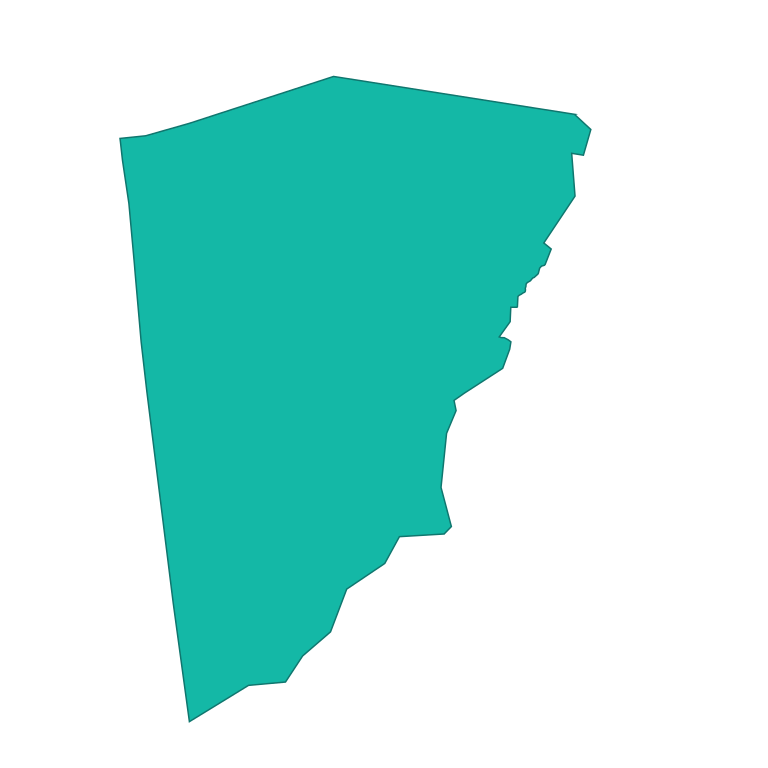 Rowan, North Carolina, United States of America, rotated 83°
{"feature_id": "52423323B48930759923162", "entity_name": "Rowan", "entity_type": "district", "adm_level": 2, "iso_a3": "USA", "parent_name": "United States of America", "parent_adm1": "North Carolina", "projection": "natural_earth1", "projection_center": [-80.524, 35.683], "detail": "fine", "context": "isolated", "style": "filled", "palette": "teal", "viewbox_px": 768, "rotation_deg": 83, "n_neighbors": 0, "source": "geoboundaries", "source_scale": "gbopen_adm2", "svg_char_len": 1033}
<svg xmlns="http://www.w3.org/2000/svg" viewBox="0 0 768 768"><g transform="rotate(83 384 384)"><path d="M695.4,618.3L666.6,555.2L667.8,518.1L644.0,497.9L623.5,467.3L583.0,446.0L562.2,405.1L537.4,387.3L540.2,342.5L539.8,342.1L533.7,334.5L493.6,340.0L440.6,327.9L419.2,315.7L408.8,316.5L402.9,305.4L382.9,264.3L364.8,255.0L357.6,252.9L355.3,255.3L352.7,259.0L352.2,262.1L351.3,263.9L337.5,251.2L323.3,248.8L324.0,242.7L323.7,242.2L313.4,240.4L312.4,239.0L311.6,236.8L310.7,235.2L310.0,233.2L309.7,232.8L309.0,232.4L307.7,232.1L306.2,232.1L304.6,231.3L302.7,230.9L301.7,230.5L300.7,229.2L299.4,226.1L297.0,223.6L296.5,221.9L293.6,217.8L292.9,217.3L288.0,215.4L286.2,213.3L285.7,210.3L285.0,209.5L270.4,201.6L263.5,208.2L220.8,171.5L177.9,169.6L181.2,158.2L156.6,147.7L139.8,161.9L139.7,161.5L137.4,169.5L128.0,202.5L72.6,396.6L101.6,545.7L108.6,590.4L108.1,616.1L111.6,616.1L130.1,616.3L173.7,615.2L234.0,617.1L243.8,617.5L312.3,619.9L362.6,620.3L576.0,619.9L695.4,618.3Z" fill="#14b8a6" stroke="#0f766e" stroke-width="1.5"/></g></svg>